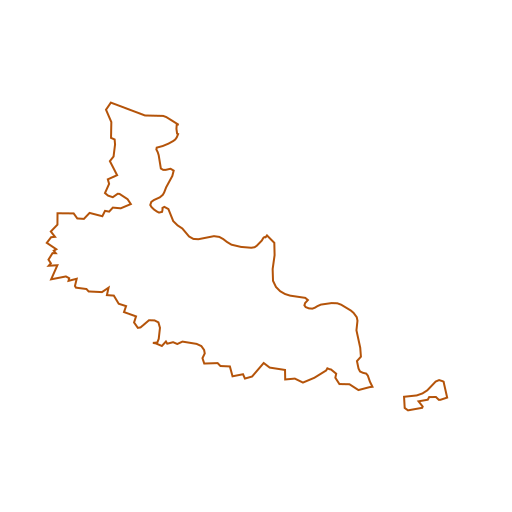 an SVG outline of Hainaut, rotated 188°
{"feature_id": "BEL-2", "entity_name": "Hainaut", "entity_type": "Province", "adm_level": 1, "iso_a3": "BEL", "parent_name": "Belgium", "parent_adm1": "", "projection": "equal_earth", "projection_center": [3.881, 50.373], "detail": "fine", "context": "isolated", "style": "outline", "palette": "amber", "viewbox_px": 512, "rotation_deg": 188, "n_neighbors": 0, "source": "natural_earth", "source_scale": "10m", "svg_char_len": 2881}
<svg xmlns="http://www.w3.org/2000/svg" viewBox="0 0 512 512"><g transform="rotate(188 256 256)"><path d="M168.9,220.5L164.8,219.6L154.5,215.2L151.4,213.2L147.7,209.4L146.5,206.0L146.2,196.4L140.0,179.6L138.1,170.9L141.4,166.0L138.8,158.8L136.9,156.1L133.8,155.2L130.5,154.9L128.6,153.1L125.7,147.4L122.5,142.7L125.4,141.9L135.9,137.5L145.6,142.0L155.6,140.8L160.5,146.5L160.2,150.6L166.0,154.1L167.4,154.1L169.7,154.7L170.6,152.4L181.3,143.5L191.9,137.2L200.5,140.0L209.9,137.8L211.4,147.2L226.9,147.4L233.5,151.1L243.1,136.1L249.9,133.1L252.4,137.1L262.5,133.6L266.5,143.0L275.9,142.1L279.1,144.6L292.3,142.3L294.8,147.4L293.2,152.4L294.3,155.7L297.6,159.2L302.6,160.7L316.9,161.0L321.7,157.9L326.1,159.1L331.7,156.8L333.3,158.8L336.7,153.8L343.0,155.5L346.0,155.6L341.7,156.6L340.8,160.4L341.1,171.5L343.4,176.7L347.5,178.1L353.0,177.5L360.4,169.2L363.0,168.4L367.5,173.2L366.4,179.5L378.9,182.1L377.7,188.3L385.3,189.6L391.3,197.0L398.2,196.5L397.6,204.1L403.5,198.8L416.8,197.6L419.3,199.7L429.9,199.6L431.1,201.1L430.4,208.5L438.2,205.3L437.9,208.0L441.4,209.3L455.6,204.4L451.4,219.2L459.9,217.5L458.1,220.2L461.0,223.5L457.9,230.5L454.7,230.9L457.0,233.1L454.7,234.9L465.0,239.9L461.5,246.1L457.7,247.0L462.6,251.7L457.0,259.4L458.5,270.7L442.5,272.8L438.2,268.3L431.6,268.8L426.8,275.5L413.7,274.0L411.8,279.7L407.6,279.5L404.5,284.0L396.6,284.4L387.2,290.0L391.1,294.4L399.8,298.5L401.6,298.4L406.0,294.3L410.9,295.2L414.3,297.3L411.5,307.0L413.4,311.3L404.8,316.7L413.9,329.6L410.9,334.7L411.1,346.8L412.2,351.7L416.0,352.8L417.9,368.5L424.9,380.0L421.7,386.4L421.1,387.7L385.5,379.7L370.9,381.4L367.4,381.8L364.2,381.1L350.9,375.2L351.1,375.2L352.8,375.3L352.5,370.9L351.2,366.3L350.1,365.9L351.0,362.4L352.2,360.1L353.9,358.4L358.3,355.1L363.7,351.9L369.4,349.5L369.5,347.6L367.8,345.2L366.4,342.3L362.4,329.4L360.0,328.4L357.5,328.7L352.8,330.5L349.4,329.1L350.0,323.6L354.5,311.6L355.8,306.1L356.8,303.6L359.4,300.7L364.9,297.2L367.2,295.0L367.8,291.8L366.3,289.9L363.4,287.8L360.2,286.2L358.1,285.5L355.2,286.6L355.0,288.5L355.3,290.6L353.6,291.9L349.3,290.3L342.8,279.0L337.9,275.4L332.8,273.0L325.0,266.0L320.4,264.2L315.4,264.6L300.4,269.8L295.0,269.8L290.8,268.2L286.8,265.9L281.9,263.8L272.1,262.9L261.8,263.5L258.6,264.5L256.7,266.2L252.4,272.1L251.4,274.6L250.8,275.5L249.7,276.1L249.3,275.8L249.0,276.0L248.0,277.9L239.7,271.6L237.7,259.4L237.7,245.4L235.7,233.8L231.9,228.1L227.2,224.5L222.0,222.4L216.7,221.5L201.4,221.4L198.5,219.6L200.8,216.3L201.2,213.9L199.7,212.3L196.3,211.5L192.9,211.7L190.5,213.0L188.2,214.9L185.0,216.9L174.6,219.9L168.9,220.5ZM57.4,158.6L53.8,158.0L52.7,157.6L51.7,154.8L47.0,142.4L53.3,139.3L54.9,139.0L58.2,141.4L64.9,140.4L65.9,137.6L74.8,134.7L70.0,130.1L70.3,128.8L84.0,124.3L87.6,126.2L89.6,136.2L89.8,137.2L77.4,140.3L72.0,143.1L67.7,146.8L60.6,156.7L57.4,158.6Z" fill="none" stroke="#b45309" stroke-width="2"/></g></svg>